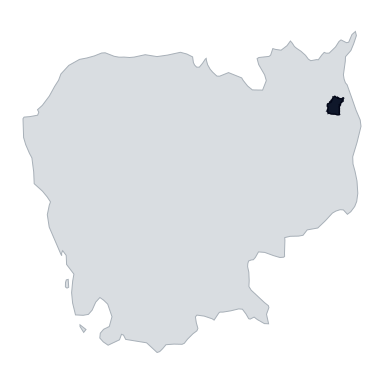 Bar Kaev, Rôtânôkiri, Cambodia shown in context
{"feature_id": "14789045B1081275636897", "entity_name": "Bar Kaev", "entity_type": "district", "adm_level": 2, "iso_a3": "KHM", "parent_name": "Cambodia", "parent_adm1": "Rôtânôkiri", "projection": "natural_earth1", "projection_center": [107.211, 13.715], "detail": "fine", "context": "in_parent", "style": "filled", "palette": "ink", "viewbox_px": 384, "rotation_deg": 0, "n_neighbors": 0, "source": "geoboundaries", "source_scale": "gbopen_adm2", "svg_char_len": 5698}
<svg xmlns="http://www.w3.org/2000/svg" viewBox="0 0 384 384"><path d="M355.4,31.5L356.4,35.6L353.8,43.4L350.9,50.5L345.5,56.7L345.3,61.2L343.4,74.8L344.1,79.1L345.4,82.8L347.1,84.8L351.8,98.0L356.0,110.1L360.2,120.0L361.0,126.3L357.1,142.2L352.7,156.8L353.0,164.0L355.0,171.3L357.0,181.0L357.8,193.4L356.7,201.5L354.7,206.5L350.8,211.7L347.4,214.3L343.4,209.9L340.1,209.7L335.8,211.1L332.4,213.1L325.5,220.6L317.8,228.0L307.2,229.9L303.0,235.3L298.6,236.1L290.2,236.3L284.7,237.6L284.9,240.4L284.5,253.3L284.6,256.4L283.7,257.2L279.9,257.5L273.5,255.6L264.7,252.4L258.5,251.9L255.3,257.5L253.4,259.7L251.1,260.0L248.6,261.0L247.8,263.6L247.6,266.7L248.8,272.1L249.2,280.7L248.9,286.5L251.2,290.2L264.5,302.6L268.4,305.7L268.9,307.6L266.5,314.3L268.6,323.8L264.4,323.6L257.4,319.6L254.1,317.1L250.1,319.1L248.7,318.7L246.0,314.0L242.4,309.2L238.7,308.9L230.9,310.8L223.0,312.1L220.0,312.1L218.8,313.0L214.1,320.1L212.2,318.8L204.2,316.1L196.9,315.1L195.4,316.9L196.3,322.7L197.9,328.4L196.9,330.8L192.9,333.8L187.6,339.1L184.3,343.3L182.1,344.3L174.0,344.1L166.0,344.7L162.7,348.6L159.7,351.6L157.1,352.5L146.6,342.8L125.7,339.4L123.5,335.1L121.5,334.3L119.5,339.8L108.1,345.2L103.3,341.9L99.8,338.0L100.3,333.2L103.6,329.3L109.3,326.5L112.0,316.7L107.7,304.1L103.9,300.4L99.9,297.5L95.7,302.2L92.1,310.2L88.4,314.4L83.2,315.3L75.5,314.9L72.6,303.0L71.6,292.7L72.7,281.0L73.9,274.1L66.6,264.5L66.2,255.4L62.7,250.7L61.6,253.1L61.7,255.7L60.7,253.8L49.2,227.1L47.3,214.7L49.3,205.1L50.5,201.9L47.2,196.9L42.5,191.2L34.2,183.7L33.7,171.9L31.9,157.9L29.4,153.2L25.7,144.6L23.6,137.5L23.0,118.7L24.1,117.1L30.0,116.6L37.6,115.2L38.8,112.2L37.5,109.7L42.3,105.4L49.3,96.1L54.7,86.3L58.6,80.2L60.9,74.0L68.8,65.4L79.5,59.4L86.8,58.0L94.4,55.9L101.7,53.0L105.2,52.8L114.2,56.3L119.1,57.2L124.2,57.1L129.5,57.5L134.1,57.1L145.2,54.7L157.0,56.6L167.5,55.1L180.4,52.3L186.8,54.0L192.6,56.9L193.4,62.6L194.7,65.2L196.7,67.2L199.3,67.2L202.6,63.2L205.3,59.1L206.2,58.4L206.4,60.4L207.7,64.9L210.2,69.3L212.7,72.2L216.9,76.1L219.6,76.2L228.5,72.6L241.7,77.9L243.3,80.6L247.6,86.0L252.3,89.9L262.6,90.1L266.3,80.6L264.6,74.8L258.7,64.6L257.1,58.6L258.9,57.5L269.0,56.4L270.6,55.2L272.8,48.6L275.5,49.4L281.1,50.2L287.0,45.7L290.4,41.0L292.3,43.2L294.4,46.5L296.7,48.4L300.9,51.2L305.5,55.3L308.4,59.2L310.8,60.7L316.7,59.6L318.3,59.8L321.8,55.0L324.2,52.4L326.2,53.2L329.2,53.1L335.5,47.0L339.0,41.5L341.0,39.9L346.5,42.7L348.7,42.2L352.0,34.5L355.4,31.5ZM68.7,287.2L67.6,287.9L66.5,287.9L65.4,286.8L65.5,282.5L66.3,279.9L68.2,279.4L68.7,287.2ZM86.0,329.5L83.7,332.4L80.0,326.5L80.0,324.8L86.0,329.5Z" fill="#d9dde1" stroke="#a8b0b8" stroke-width="1"/><path d="M333.2,97.0L333.3,97.2L333.3,97.3L333.2,97.4L333.1,97.5L333.0,97.8L332.9,97.9L332.9,98.0L332.8,98.3L332.7,98.3L332.6,98.5L332.4,99.0L331.9,99.7L331.8,99.9L331.8,100.0L331.8,100.4L331.6,100.4L331.4,100.3L331.2,100.3L331.0,100.5L331.0,100.8L331.0,101.0L331.4,101.2L331.4,101.3L331.2,101.4L331.0,101.5L331.2,101.8L331.2,102.0L330.9,102.2L330.7,102.2L330.4,102.2L330.2,102.4L329.8,102.2L329.8,102.4L329.8,102.5L329.7,102.5L329.7,102.8L329.6,103.0L329.4,103.2L329.4,103.3L328.9,103.5L327.8,103.8L327.5,104.2L327.5,104.4L327.5,104.5L327.4,104.8L327.3,105.0L327.3,105.3L327.3,105.5L327.4,106.0L327.4,106.3L327.5,106.3L327.9,106.8L328.0,106.9L328.1,107.0L328.0,107.4L328.1,107.5L327.9,107.8L328.0,108.0L328.0,108.5L327.9,108.8L327.7,109.0L327.6,109.3L327.7,109.5L327.8,109.7L327.8,109.8L327.7,109.8L327.4,110.0L327.3,110.3L327.3,110.5L327.5,110.6L327.4,110.7L327.5,110.7L327.5,110.8L327.4,111.0L327.5,111.0L327.5,111.3L327.6,111.5L327.8,111.7L327.8,111.8L327.7,112.0L327.8,112.1L327.9,112.3L328.0,112.5L328.1,112.4L328.3,112.5L328.4,112.8L328.3,113.0L328.2,113.1L328.3,113.2L328.3,113.3L328.5,113.2L328.9,113.1L329.2,113.2L329.3,113.3L329.6,113.3L330.1,113.3L330.3,113.6L330.5,113.7L330.6,113.8L331.2,113.9L331.4,114.0L333.4,114.1L333.9,114.1L334.3,114.1L334.8,114.1L335.1,114.1L335.6,114.2L335.7,114.3L336.2,114.4L336.7,114.6L337.1,114.8L337.9,114.8L338.5,114.8L339.1,114.7L339.4,114.6L339.5,114.5L339.6,114.4L339.5,114.2L339.3,114.1L339.3,113.9L339.3,113.7L339.3,113.4L339.2,113.1L339.3,113.0L339.3,112.9L339.3,112.6L339.2,112.5L339.2,112.3L339.2,112.1L339.3,111.9L339.4,111.5L339.4,111.0L339.4,110.7L339.3,110.3L339.3,110.1L339.3,109.7L339.3,109.3L339.3,109.1L339.4,108.9L339.4,108.2L339.2,107.4L339.1,107.1L339.1,106.8L339.4,106.7L339.5,106.6L339.5,106.4L339.6,106.2L339.6,105.9L339.5,105.7L339.4,105.6L339.4,105.4L339.5,105.4L339.5,105.2L339.8,105.4L340.0,105.3L339.9,105.2L340.0,105.2L340.3,105.0L340.3,104.8L340.3,104.7L340.3,104.4L340.5,104.3L340.5,104.2L340.4,104.1L340.5,103.8L340.4,103.7L340.5,103.4L340.6,103.2L340.7,102.8L340.7,102.7L340.9,102.6L341.1,102.5L341.2,102.4L341.3,102.6L341.5,102.5L341.6,102.4L341.7,102.1L341.8,102.0L341.7,101.9L341.7,101.7L341.8,101.6L341.7,101.6L341.6,101.4L341.7,101.2L341.8,101.2L342.0,101.3L342.0,101.1L342.3,100.9L342.3,101.0L342.4,100.9L342.5,100.9L342.6,101.0L342.7,100.9L342.8,100.8L343.0,100.9L343.0,100.7L343.0,100.4L343.1,100.2L343.0,99.9L343.1,99.7L343.0,99.4L343.0,99.1L342.9,99.1L343.0,99.0L342.9,99.0L342.8,98.9L342.9,98.7L342.7,98.5L342.7,98.4L342.8,98.3L342.8,98.2L343.0,98.1L343.1,97.9L342.9,97.9L342.4,98.3L341.9,98.7L341.7,98.8L341.1,98.8L340.9,98.8L340.5,98.8L340.2,98.7L339.8,98.6L339.5,98.4L339.4,98.4L339.1,98.4L338.8,98.3L338.7,98.5L338.4,98.5L338.3,98.4L338.3,98.2L338.2,98.1L337.9,98.1L338.0,97.8L337.9,97.8L337.7,97.6L337.6,97.4L337.5,97.5L337.4,97.5L337.2,97.4L336.7,97.5L336.4,97.4L336.2,97.4L336.0,97.2L335.6,96.9L335.4,96.7L335.2,96.6L334.9,96.3L334.7,96.3L334.4,96.5L334.2,96.7L334.0,96.8L333.8,96.9L333.4,97.0L333.2,97.0Z" fill="#0f172a" stroke="#020617" stroke-width="1.5"/></svg>